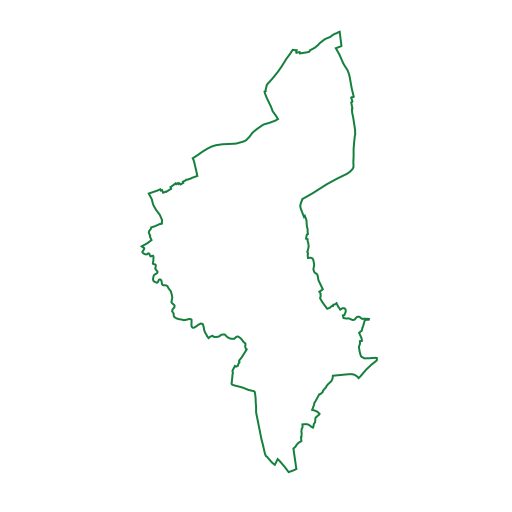 outline of Mueang Sing Buri, Sing Buri, Thailand, rotated 356°
{"feature_id": "78962969B52977923658609", "entity_name": "Mueang Sing Buri", "entity_type": "district", "adm_level": 2, "iso_a3": "THA", "parent_name": "Thailand", "parent_adm1": "Sing Buri", "projection": "natural_earth1", "projection_center": [100.401, 14.906], "detail": "fine", "context": "isolated", "style": "outline", "palette": "green", "viewbox_px": 512, "rotation_deg": 356, "n_neighbors": 0, "source": "geoboundaries", "source_scale": "gbopen_adm2", "svg_char_len": 6096}
<svg xmlns="http://www.w3.org/2000/svg" viewBox="0 0 512 512"><g transform="rotate(356 256 256)"><path d="M355.1,38.1L354.3,38.3L351.8,39.5L350.2,39.8L347.3,41.3L345.5,42.6L340.6,44.2L339.2,44.9L335.5,47.4L333.9,48.6L332.7,49.8L329.1,52.4L324.1,54.6L323.8,55.5L323.4,55.9L321.7,56.3L314.0,57.0L313.7,55.6L310.7,56.1L310.4,56.0L310.3,54.9L310.9,53.6L308.8,53.3L307.0,52.9L304.0,56.8L300.0,61.5L294.8,68.7L290.6,73.9L284.8,80.1L278.8,85.9L277.1,91.3L277.2,92.2L276.0,92.6L276.3,94.5L277.7,98.9L281.3,108.0L282.8,112.9L285.6,117.4L287.5,120.9L285.0,122.2L278.7,124.1L273.7,125.1L272.0,125.7L265.6,129.5L262.1,132.0L260.8,133.1L257.9,136.5L254.4,139.7L252.8,140.5L251.2,141.0L244.4,142.4L242.8,142.5L230.5,142.2L223.7,142.7L219.4,143.7L215.3,145.4L209.7,148.3L205.5,150.9L199.7,154.1L200.4,155.9L200.9,158.0L202.6,168.7L203.0,172.1L197.5,173.6L196.1,174.3L194.4,174.6L193.1,175.1L191.7,175.0L191.0,175.7L188.2,176.8L188.5,178.0L185.7,179.4L184.9,178.2L183.7,178.8L183.3,177.8L181.4,178.8L180.9,177.9L178.1,179.8L175.5,181.3L176.1,183.0L170.8,185.8L170.4,185.5L167.8,186.4L166.9,183.7L165.7,184.1L165.2,182.8L161.7,184.0L153.4,186.2L156.0,192.1L156.8,196.7L157.5,198.9L159.8,203.5L162.8,208.0L164.8,213.5L164.4,217.1L163.3,217.5L162.8,217.2L162.5,217.3L157.1,219.3L153.6,220.1L152.9,221.7L151.1,223.8L150.7,224.8L151.0,226.5L151.9,228.2L151.5,229.2L152.9,232.8L148.5,235.7L142.6,238.4L143.5,239.2L144.9,240.1L145.1,240.5L144.9,241.1L144.6,241.7L143.0,243.8L143.0,244.6L143.7,245.4L145.2,246.4L146.7,246.8L147.4,246.7L148.7,245.8L149.1,245.9L149.7,246.3L150.3,248.4L150.9,249.0L151.2,249.1L152.2,248.6L152.8,248.6L153.3,248.6L153.6,249.1L153.6,250.5L153.3,253.4L152.6,256.3L153.0,256.9L154.7,257.3L155.2,257.7L155.4,259.0L154.6,261.4L155.1,262.5L156.6,264.6L156.7,265.0L156.3,266.0L155.3,266.7L153.4,267.5L152.6,268.5L151.6,271.9L152.0,273.7L152.4,274.2L153.2,274.7L154.9,275.6L155.5,275.7L156.3,275.2L157.5,272.9L158.3,272.7L159.0,272.8L159.6,273.4L160.0,274.4L160.3,277.6L160.6,278.1L161.4,278.7L164.1,279.0L165.2,279.6L165.7,280.2L166.6,282.3L168.5,285.1L169.3,288.7L169.6,291.8L168.8,294.4L168.4,296.2L168.9,297.1L171.0,299.2L171.3,299.7L171.0,301.5L169.0,303.5L168.5,305.3L169.8,307.7L169.8,309.9L169.9,310.5L170.3,311.2L171.9,312.4L173.0,313.0L175.3,313.8L177.4,314.2L179.2,314.9L181.1,314.9L184.8,314.2L185.8,314.3L187.0,314.7L187.2,315.0L187.2,316.4L186.8,320.0L186.8,321.6L187.3,322.6L188.1,323.2L188.8,323.2L189.5,323.0L191.8,321.9L193.6,320.6L195.0,320.1L196.0,319.5L196.6,319.8L197.9,319.9L198.4,320.9L199.0,324.2L199.1,326.1L199.9,328.9L200.7,330.3L201.8,332.9L203.0,334.6L204.3,333.5L206.9,332.5L207.3,332.7L208.0,333.6L208.6,333.8L211.6,334.0L213.9,333.6L215.2,332.5L216.2,332.1L218.9,332.0L219.6,332.4L221.0,334.1L222.0,335.1L224.2,336.4L225.4,336.8L228.2,337.1L229.2,336.6L230.3,335.6L231.3,335.1L232.0,335.0L232.8,335.3L234.7,336.8L235.8,338.1L237.8,341.2L239.2,342.4L239.4,343.2L238.9,345.3L239.1,346.8L239.4,347.9L240.2,348.5L234.7,356.1L232.0,359.0L231.7,359.7L232.2,360.7L230.8,362.5L230.3,364.2L228.4,365.0L227.3,364.2L224.8,368.3L224.5,369.2L224.8,371.1L224.2,373.1L223.9,375.3L222.7,381.8L223.1,382.5L225.3,383.6L231.2,385.5L234.1,386.6L239.2,389.1L244.4,390.7L245.1,391.2L245.3,391.7L245.5,393.6L245.7,398.0L245.5,402.0L245.6,405.8L245.2,412.1L248.6,438.8L249.8,445.3L250.9,452.5L251.4,454.8L252.0,456.3L253.0,457.1L256.8,462.2L257.7,463.3L260.2,465.6L263.5,460.1L265.5,462.4L270.2,468.8L273.5,473.9L278.9,472.3L281.4,471.3L279.9,450.7L282.3,448.8L282.9,447.7L285.2,445.4L288.4,443.8L288.2,439.9L288.6,439.8L288.8,439.2L289.2,435.9L289.0,434.1L289.6,431.5L290.3,430.5L290.5,429.8L290.6,427.2L293.8,427.2L296.0,427.6L297.2,428.3L299.2,430.1L300.8,431.2L301.4,430.1L301.9,428.0L302.6,426.8L303.2,426.2L303.7,424.2L303.7,423.1L304.3,421.2L305.1,420.8L306.3,419.7L307.3,419.2L308.4,417.9L306.5,415.8L305.4,415.1L303.4,414.1L301.3,413.5L303.6,408.3L303.9,406.7L305.1,405.2L309.5,398.3L310.3,398.4L312.8,396.7L313.3,395.4L313.9,394.6L314.8,393.6L316.6,392.0L317.3,390.7L318.5,389.3L322.5,386.0L323.9,383.4L324.3,380.8L339.8,380.4L343.6,380.6L346.0,381.4L347.3,382.3L348.8,383.6L349.8,385.0L351.9,383.2L358.1,376.9L363.8,372.3L368.8,368.9L369.2,368.5L369.3,367.9L369.4,366.2L368.0,365.9L360.7,365.9L359.8,365.7L358.7,365.8L356.8,365.6L355.3,364.5L354.4,364.1L353.9,363.5L353.2,361.3L352.7,358.4L352.3,354.0L352.5,353.2L353.2,351.9L353.7,350.1L353.7,348.2L355.7,348.1L355.8,347.5L355.4,344.9L353.5,339.9L354.5,339.2L354.8,338.8L356.2,338.0L356.8,336.5L357.1,335.1L357.8,333.9L360.0,327.7L360.7,327.4L364.1,327.4L364.3,326.7L363.5,326.5L359.3,326.1L357.7,326.2L356.5,325.4L355.1,324.0L354.3,323.7L352.6,323.8L351.6,324.5L350.6,325.7L350.0,326.2L349.4,326.5L348.4,326.6L347.7,326.5L344.2,324.7L341.9,324.7L339.0,324.0L338.5,321.3L340.0,321.1L341.4,318.3L341.7,317.2L341.6,315.8L341.1,314.8L340.8,314.5L340.3,314.2L338.7,314.1L336.3,315.4L335.7,314.2L334.5,312.3L333.0,308.7L331.4,309.8L329.7,310.0L329.3,311.3L328.1,311.2L326.0,312.8L323.3,313.6L318.7,306.2L317.1,302.8L317.0,302.2L317.6,301.1L317.7,300.2L317.7,298.8L317.9,298.3L316.7,296.0L317.8,295.5L320.3,293.8L316.6,284.5L316.1,279.7L315.6,278.4L313.5,276.7L312.9,275.7L312.3,273.3L313.3,269.5L313.4,268.2L313.1,265.5L312.8,263.8L312.2,262.5L311.2,261.8L310.0,261.5L307.7,261.6L307.6,258.6L308.0,257.5L308.0,256.8L307.9,256.3L307.4,255.5L308.0,254.4L309.2,250.2L309.0,246.3L308.5,244.6L308.7,242.8L307.1,242.2L308.2,238.2L309.3,237.8L309.2,234.9L309.4,232.8L309.0,231.3L308.8,228.6L308.8,223.6L307.5,219.4L306.6,220.4L304.0,212.1L303.6,209.0L304.8,205.5L305.9,203.4L306.1,202.5L317.0,197.3L331.5,189.4L341.8,184.7L352.6,180.3L355.3,178.7L357.0,177.3L358.5,175.8L359.2,174.6L359.5,173.9L359.7,168.7L360.4,162.5L360.8,156.4L361.8,149.5L362.9,143.5L363.4,141.9L363.5,140.4L363.6,136.5L363.4,134.1L362.6,124.6L361.9,119.5L362.0,116.0L362.1,115.8L362.4,115.7L362.4,115.0L361.7,109.5L362.9,108.8L363.0,108.6L362.0,104.6L362.5,104.3L364.4,104.2L364.6,103.9L363.2,95.7L361.9,83.6L361.3,80.4L360.2,76.9L357.7,72.4L356.4,69.7L353.2,60.7L350.1,54.3L354.8,52.9L355.9,52.4L355.1,38.1Z" fill="none" stroke="#15803d" stroke-width="2"/></g></svg>